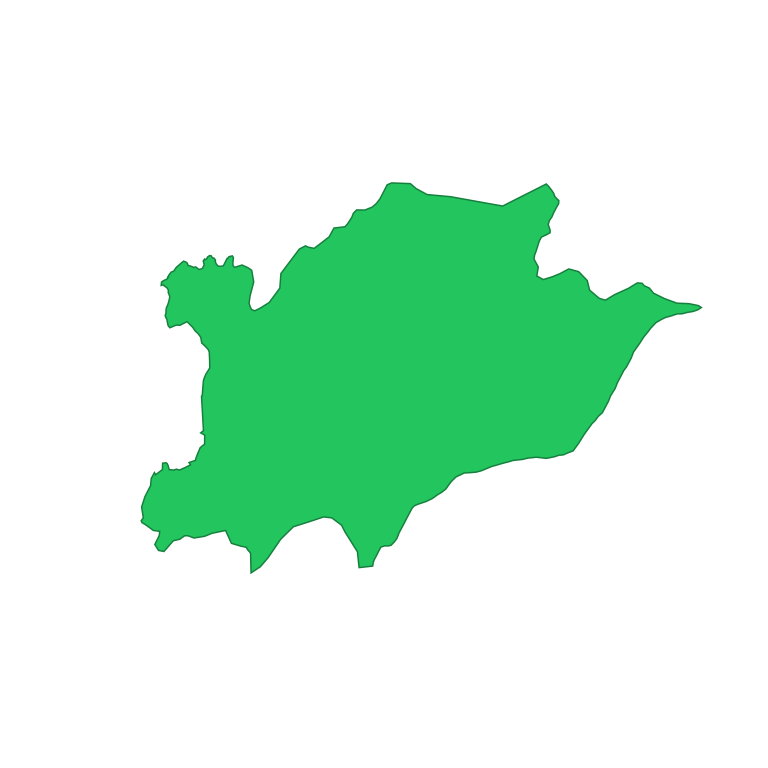 outline of Ijebu East, Ogun, Nigeria, rotated 28°
{"feature_id": "59680162B17778966736574", "entity_name": "Ijebu East", "entity_type": "district", "adm_level": 2, "iso_a3": "NGA", "parent_name": "Nigeria", "parent_adm1": "Ogun", "projection": "equal_earth", "projection_center": [4.163, 6.811], "detail": "fine", "context": "isolated", "style": "filled", "palette": "green", "viewbox_px": 768, "rotation_deg": 28, "n_neighbors": 0, "source": "geoboundaries", "source_scale": "gbopen_adm2", "svg_char_len": 5306}
<svg xmlns="http://www.w3.org/2000/svg" viewBox="0 0 768 768"><g transform="rotate(28 384 384)"><path d="M433.4,131.2L405.2,171.2L354.8,187.4L333.1,196.5L320.7,196.4L313.2,194.7L296.3,202.9L293.3,206.6L293.5,222.1L292.6,228.0L290.5,233.4L285.5,239.3L278.1,243.2L276.8,247.5L277.3,252.1L276.6,259.9L275.7,263.5L266.6,269.8L266.5,279.8L258.7,297.0L252.7,298.8L249.8,298.9L248.9,300.3L247.6,302.1L245.9,304.6L241.1,334.8L247.0,348.2L244.4,365.9L239.3,374.8L235.6,380.0L232.2,380.5L229.4,378.5L226.9,375.9L224.3,368.8L221.1,355.1L213.8,345.7L209.6,345.2L202.8,345.6L198.1,350.4L197.0,351.1L195.1,350.3L194.1,348.8L191.6,343.0L189.9,342.1L187.4,344.3L186.9,346.7L186.5,346.8L186.7,354.7L186.0,355.7L183.7,357.2L181.9,357.8L179.3,356.6L178.7,356.1L178.2,355.6L177.9,355.4L177.6,355.1L177.3,354.5L177.0,353.7L176.7,353.5L176.0,353.3L175.6,353.1L174.9,352.7L174.7,352.6L174.4,352.8L174.2,353.0L173.9,353.1L173.6,353.1L173.2,353.0L172.8,352.9L172.4,352.7L172.1,352.5L172.0,352.4L171.7,352.2L171.4,352.0L171.1,351.9L170.9,352.0L170.6,352.1L170.3,352.3L169.7,352.5L169.6,352.8L169.5,353.0L169.3,353.2L169.2,353.5L169.0,353.8L168.9,354.2L168.7,354.4L168.7,354.5L168.7,354.9L168.6,355.2L168.6,355.4L168.6,355.7L168.7,355.9L168.7,356.2L168.7,356.4L168.7,356.6L168.7,356.8L168.4,357.1L168.2,357.3L168.1,357.6L167.9,357.7L167.8,357.8L167.7,358.0L167.5,358.3L167.3,358.2L166.9,358.0L166.8,358.4L166.8,359.2L166.7,359.8L166.7,360.4L167.8,361.4L168.5,362.3L169.3,363.2L169.4,366.8L169.0,367.8L167.3,369.4L166.4,369.7L164.4,369.3L163.6,369.1L162.9,369.0L162.3,369.4L161.8,370.0L161.2,370.6L160.7,370.4L160.2,370.4L159.8,370.5L159.4,370.5L159.2,370.5L158.7,370.6L158.2,370.7L157.9,370.8L157.4,370.8L156.9,370.9L156.4,371.0L156.1,371.1L155.8,371.3L155.6,371.4L155.0,371.0L154.6,370.7L154.1,370.1L153.5,369.6L152.4,369.3L149.4,369.6L148.1,372.6L147.0,375.6L145.9,378.3L145.3,383.1L143.5,385.2L142.9,389.1L143.0,389.5L143.1,389.8L143.1,390.1L142.9,390.4L142.9,390.5L142.8,391.1L143.3,391.2L143.2,391.7L143.2,392.1L143.2,392.6L143.1,392.9L143.1,393.2L142.9,393.5L142.5,394.0L142.0,394.7L141.6,395.2L141.1,395.9L140.7,396.6L140.4,397.0L140.1,397.7L139.7,398.3L140.0,399.1L140.2,399.7L140.5,400.3L140.6,400.6L140.7,400.9L140.8,401.1L140.9,401.4L141.0,401.6L142.1,400.4L142.5,400.1L142.9,400.1L143.4,400.2L143.8,400.5L144.6,400.6L145.7,400.7L147.3,401.0L149.5,402.3L150.5,404.4L152.7,406.4L154.0,407.7L155.3,412.4L156.0,416.6L156.0,418.5L156.6,420.5L157.7,422.8L158.4,424.3L158.6,426.2L160.4,427.9L161.9,428.8L163.1,430.3L164.0,431.5L165.0,432.7L165.9,433.7L168.5,434.9L172.9,429.5L176.3,427.9L178.0,425.4L180.9,421.4L188.6,423.8L192.3,425.8L196.0,426.7L200.3,428.8L202.1,431.2L203.9,433.4L208.9,434.7L212.8,436.2L214.7,437.8L219.1,445.3L222.6,451.7L222.2,457.8L222.1,458.3L222.4,462.6L223.1,466.2L228.9,479.4L228.6,480.4L246.5,510.0L245.1,513.2L249.7,513.3L253.8,521.3L251.6,526.4L252.3,534.1L252.9,538.3L253.4,540.0L252.5,540.9L252.4,541.0L248.7,544.9L251.1,546.2L247.3,551.6L243.8,556.0L240.8,556.6L238.6,558.8L234.5,560.4L231.7,557.4L229.9,556.1L228.8,555.8L225.7,557.8L228.5,563.6L226.5,568.0L225.0,571.3L222.9,570.0L222.9,571.6L222.8,576.7L225.6,583.2L225.8,595.6L227.7,606.3L229.0,608.1L233.9,614.6L234.3,615.2L233.8,618.7L235.4,620.0L239.5,620.2L249.1,621.6L255.1,619.4L256.7,623.3L257.0,633.3L263.0,636.8L268.3,635.2L269.8,629.0L270.4,626.3L271.6,621.3L276.6,616.9L279.2,611.6L282.2,610.0L288.5,609.2L297.1,602.7L302.3,596.5L312.9,587.7L324.1,596.3L333.7,594.4L339.1,592.8L341.3,594.3L345.5,595.9L346.7,597.9L355.3,613.2L360.6,603.4L363.2,591.8L365.7,569.5L371.0,552.6L383.7,539.6L393.1,529.7L400.8,526.7L412.8,528.6L419.1,533.0L439.3,544.6L448.2,557.8L459.5,550.1L458.5,547.3L457.9,544.0L457.9,539.5L457.8,534.9L457.8,529.5L460.5,526.7L463.9,524.9L465.9,523.1L467.3,518.5L467.9,514.0L467.2,508.5L467.2,503.1L467.2,496.7L467.1,491.2L467.1,485.8L467.1,480.3L467.2,480.0L467.8,477.6L469.8,474.9L476.5,467.8L480.5,462.3L483.2,456.8L485.9,452.3L487.9,447.7L488.6,442.2L489.2,438.6L491.2,432.2L494.6,427.7L496.6,424.9L502.7,421.2L506.8,418.5L510.8,414.8L517.5,406.6L527.0,397.4L531.0,393.8L533.7,391.0L541.8,385.5L545.9,381.8L550.0,379.1L552.7,377.2L562.1,373.5L565.5,370.8L568.9,368.0L572.2,364.4L573.0,364.1L575.7,362.3L578.4,358.8L582.4,354.2L582.9,350.6L583.7,345.1L584.4,335.0L585.0,330.4L586.3,321.3L587.7,316.8L588.3,312.2L590.3,306.8L590.3,303.1L590.3,298.6L590.3,294.0L589.6,287.7L590.2,279.5L589.5,273.2L589.4,259.5L590.1,255.0L590.1,250.4L590.1,245.0L589.3,238.6L590.0,233.2L590.7,227.7L591.3,220.4L592.6,214.1L593.3,209.5L595.3,202.2L598.6,196.8L601.3,193.1L602.5,192.0L606.1,188.6L607.5,187.0L610.2,184.3L614.2,182.1L618.2,178.4L622.9,174.8L626.3,171.1L628.3,167.5L624.7,167.2L615.8,169.8L604.7,175.1L591.6,176.9L579.3,177.3L575.7,175.7L573.2,174.7L567.7,175.1L564.6,173.9L560.2,175.8L554.9,184.8L545.7,196.8L540.1,206.1L533.7,207.3L521.5,204.6L514.8,197.2L503.1,193.4L493.1,195.7L487.6,203.9L482.3,210.3L475.6,217.0L468.2,216.9L465.3,208.3L462.8,206.6L457.7,203.2L456.4,199.2L456.0,195.8L455.2,191.2L454.4,187.2L454.0,184.3L454.0,180.4L457.9,175.2L459.6,172.4L458.4,170.1L454.1,166.1L453.3,162.1L453.8,157.6L453.4,153.0L453.4,150.7L453.4,146.7L453.5,142.7L452.2,139.9L449.7,139.3L446.7,138.2L444.2,135.9L440.8,134.1L439.2,133.4L437.0,132.4L433.4,131.2Z" fill="#22c55e" stroke="#15803d" stroke-width="1.5"/></g></svg>